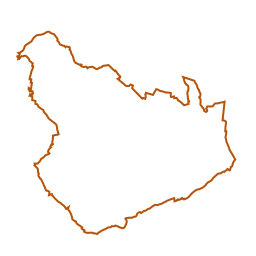 Rosia De Amaradia, Gorj, Romania, rotated 85°
{"feature_id": "2599482B83031616378159", "entity_name": "Rosia De Amaradia", "entity_type": "district", "adm_level": 2, "iso_a3": "ROU", "parent_name": "Romania", "parent_adm1": "Gorj", "projection": "equal_earth", "projection_center": [23.734, 45.043], "detail": "fine", "context": "isolated", "style": "outline", "palette": "amber", "viewbox_px": 256, "rotation_deg": 85, "n_neighbors": 0, "source": "geoboundaries", "source_scale": "gbopen_adm2", "svg_char_len": 5776}
<svg xmlns="http://www.w3.org/2000/svg" viewBox="0 0 256 256"><g transform="rotate(85 128 128)"><path d="M155.3,224.1L156.8,223.9L157.1,224.3L160.6,221.5L161.7,221.3L163.5,221.5L165.0,221.3L165.7,220.8L167.1,221.4L168.4,221.2L169.1,220.6L170.5,220.2L171.1,219.3L171.5,219.0L173.9,218.2L176.1,217.2L177.6,216.9L179.7,216.0L181.1,215.7L182.7,215.2L183.3,214.8L183.4,213.7L184.6,212.0L186.3,212.0L188.1,212.6L188.0,212.1L187.5,211.2L187.5,210.3L187.3,209.9L187.3,209.7L187.8,209.9L192.0,206.8L195.7,203.6L196.3,202.4L197.1,201.4L198.1,200.7L199.2,199.3L200.4,198.2L203.2,196.6L201.7,194.2L202.9,194.7L204.1,194.7L205.6,193.6L209.0,192.2L211.7,191.6L214.0,191.4L216.4,188.9L216.3,188.4L216.8,187.9L218.3,187.6L219.3,186.8L220.3,185.7L221.6,183.9L222.7,182.8L223.0,182.2L223.3,182.2L223.8,182.7L224.2,182.9L225.5,181.4L226.1,180.2L226.4,180.2L227.4,180.8L227.8,180.4L228.3,179.5L228.7,178.5L229.0,176.6L229.0,174.1L229.3,172.4L229.8,172.1L230.2,169.7L230.9,167.9L229.5,166.2L228.6,164.2L228.0,163.2L226.4,158.6L225.5,157.0L225.3,156.3L225.4,154.0L224.4,152.9L224.7,150.6L224.1,148.9L225.1,146.7L226.1,145.4L226.4,144.5L227.3,142.5L227.4,141.7L226.9,140.6L226.2,139.9L224.1,138.5L221.8,137.5L220.6,137.4L219.7,137.6L218.2,138.5L217.9,138.4L217.6,137.5L217.6,135.7L217.4,134.6L217.8,131.9L217.0,130.2L216.9,128.2L216.3,127.3L214.6,126.5L213.8,125.9L212.8,124.0L212.8,123.5L213.9,122.3L212.2,119.7L212.0,119.1L212.0,118.0L210.6,115.4L210.0,113.1L209.0,111.8L206.9,107.9L206.9,107.4L207.4,105.0L206.9,103.9L206.4,101.5L206.0,99.9L205.5,99.4L204.7,96.9L203.9,95.5L201.9,88.4L201.9,88.1L205.1,88.0L204.7,86.8L204.8,86.4L204.3,86.0L203.5,84.3L203.6,84.2L204.1,84.2L203.9,82.8L202.4,80.2L202.6,80.0L203.3,80.1L203.4,78.3L204.0,78.2L203.1,75.4L201.8,73.3L200.2,71.7L198.3,69.6L196.2,66.5L195.4,64.4L195.1,62.2L193.8,58.5L193.0,57.5L192.2,56.2L189.6,53.8L187.5,49.5L185.0,47.2L181.4,42.4L181.1,39.2L179.9,37.2L179.8,35.8L180.0,35.6L179.1,34.6L178.9,34.0L178.3,33.0L177.5,32.6L178.3,31.1L179.0,30.8L179.1,30.5L178.9,30.1L175.7,28.8L175.5,27.9L174.1,27.1L172.5,26.7L171.2,26.0L169.4,24.6L168.8,23.9L163.4,26.3L158.4,28.8L156.5,29.1L150.5,31.0L145.6,31.7L141.2,30.4L139.7,30.4L139.7,31.4L134.8,30.7L132.5,30.1L130.6,29.9L130.1,30.0L129.1,31.1L128.6,33.1L110.2,29.5L110.6,31.0L110.8,34.0L111.3,36.1L111.1,39.0L112.6,40.8L113.5,41.4L113.9,42.4L113.4,47.1L115.7,48.4L116.9,47.6L117.9,47.6L118.8,48.6L118.4,49.6L117.8,50.5L117.4,50.7L116.2,50.7L115.0,51.1L114.5,51.6L114.3,52.1L113.6,52.2L112.5,52.9L111.9,53.5L110.9,53.8L109.5,53.7L108.8,53.4L105.9,53.3L105.3,53.5L103.6,54.4L103.0,53.6L102.5,53.3L100.9,52.8L100.0,52.9L98.4,53.6L96.0,54.1L95.5,54.6L94.9,54.9L92.9,55.5L92.5,55.4L91.2,55.7L88.3,57.3L86.9,57.6L86.7,57.8L82.1,68.6L83.3,68.1L85.7,67.9L88.4,67.1L89.0,66.4L89.7,66.2L91.1,64.5L91.5,64.4L93.8,64.2L94.8,64.6L95.8,64.7L96.4,64.9L96.9,65.4L97.5,65.8L104.4,65.7L106.8,64.9L107.0,65.7L109.3,65.5L110.2,70.1L106.3,73.7L105.2,75.2L104.5,76.0L103.0,76.4L102.2,77.0L102.4,79.3L100.5,79.4L101.0,81.9L100.7,82.6L99.3,82.6L96.8,82.3L96.0,85.7L96.0,87.3L94.8,89.7L93.8,93.1L92.4,94.7L91.8,96.5L97.2,100.3L94.5,107.0L95.3,107.2L95.9,107.8L96.5,107.6L98.8,107.7L100.4,108.3L99.4,110.3L99.4,110.6L100.0,111.1L99.7,111.5L88.7,120.4L87.5,120.0L86.4,119.4L85.8,119.8L85.0,121.4L85.3,122.2L86.2,123.2L86.3,123.6L86.1,125.6L85.8,126.3L85.6,126.8L83.8,128.2L82.7,129.5L81.4,130.7L80.6,131.7L79.0,133.0L78.2,134.0L77.7,132.9L77.8,132.3L77.1,132.0L77.1,131.6L76.0,131.2L74.4,132.7L69.9,135.3L69.7,135.5L70.1,136.2L69.4,136.5L68.7,137.7L67.2,138.8L63.6,142.0L63.7,143.7L63.9,144.9L63.8,146.2L64.0,147.5L64.4,148.3L65.3,149.4L65.3,150.7L66.3,152.7L66.6,154.3L64.1,157.8L63.8,159.3L64.2,160.7L64.1,161.9L64.9,163.2L63.8,163.7L63.4,164.2L63.2,165.4L63.4,166.8L63.0,168.0L61.9,169.5L60.9,168.9L60.5,170.0L60.7,170.9L60.0,172.2L59.1,173.3L58.9,174.2L57.2,175.5L55.6,176.0L51.8,176.6L49.1,177.9L45.9,178.6L45.0,179.3L44.6,179.0L43.9,179.2L42.5,179.1L42.0,179.8L42.1,180.1L41.5,182.3L41.5,183.0L41.9,183.3L41.1,183.8L40.5,184.5L40.4,185.3L39.8,186.7L38.8,188.5L36.5,189.4L35.2,190.4L34.9,190.8L33.6,190.4L32.7,190.6L28.1,193.5L27.0,196.1L26.3,197.1L25.5,197.8L25.1,198.8L25.4,200.8L26.9,203.8L27.1,204.6L27.5,206.8L27.6,210.4L28.2,211.8L29.4,213.4L30.8,214.9L32.9,216.3L33.4,216.8L34.9,219.7L36.5,222.5L37.4,223.6L40.1,224.8L41.7,225.9L42.2,226.7L42.5,227.6L43.6,229.0L43.5,230.3L43.6,230.6L44.6,229.4L44.9,229.5L46.4,230.2L46.6,230.6L46.9,230.6L46.7,230.9L46.9,231.4L46.9,232.0L47.2,232.1L47.3,232.0L47.2,231.6L48.0,231.1L49.9,231.5L49.9,231.3L49.8,230.6L47.6,228.4L47.2,227.9L47.5,226.3L47.2,225.7L47.0,224.2L47.7,222.9L50.2,220.9L52.2,220.3L53.5,219.4L53.8,218.8L55.2,217.7L55.3,217.3L57.2,217.9L57.7,217.4L58.5,217.9L58.8,217.6L58.8,217.3L60.1,217.6L63.1,219.2L66.7,220.4L69.0,221.4L70.9,221.8L71.0,221.3L70.8,220.8L71.0,220.1L74.4,220.9L74.6,219.8L79.4,220.9L81.0,221.4L79.4,223.4L80.5,223.7L81.5,223.0L82.2,223.1L82.7,222.8L82.1,222.3L82.3,221.9L82.9,221.9L82.7,221.0L83.2,220.3L83.2,219.9L84.5,220.2L84.8,219.7L85.7,219.8L86.1,220.2L85.9,222.6L86.9,222.8L87.3,223.1L87.5,222.0L87.9,221.8L87.9,221.2L88.1,220.7L89.8,220.7L91.9,221.0L92.6,218.8L93.0,217.9L95.9,218.1L96.6,216.3L97.7,215.7L98.9,215.5L101.6,212.4L102.5,210.9L104.5,210.4L105.4,209.9L107.5,208.2L111.5,206.2L113.4,204.4L117.1,200.3L118.5,199.1L119.7,198.8L123.6,198.6L128.9,197.5L128.6,197.7L128.5,198.1L128.5,199.4L128.8,201.4L129.0,203.5L130.3,203.5L133.6,204.1L135.2,204.6L136.6,204.8L137.0,204.4L137.5,204.2L137.7,204.7L138.0,204.9L137.7,205.5L137.8,205.8L139.5,206.9L140.6,206.4L141.5,207.9L143.8,209.5L145.0,209.7L145.3,209.3L146.6,208.5L147.1,209.5L148.0,212.7L149.7,214.5L150.2,215.5L150.8,216.2L151.4,217.6L152.8,218.1L154.1,219.4L154.5,220.1L155.6,221.0L155.5,223.2L155.3,224.1Z" fill="none" stroke="#b45309" stroke-width="2"/></g></svg>